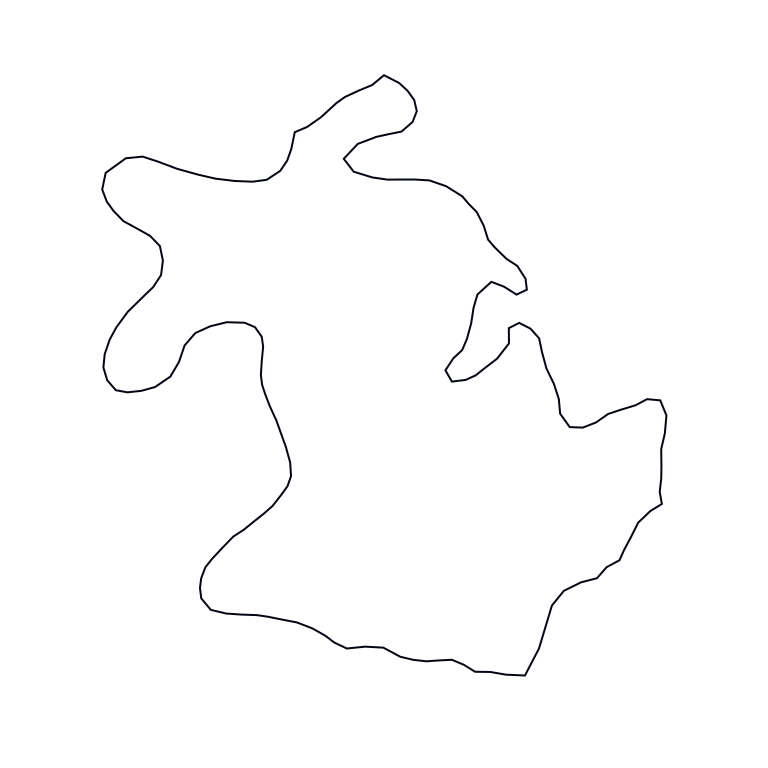 Piratuba, Santa Catarina, Brazil, rotated 83°
{"feature_id": "56859067B2926669482490", "entity_name": "Piratuba", "entity_type": "district", "adm_level": 2, "iso_a3": "BRA", "parent_name": "Brazil", "parent_adm1": "Santa Catarina", "projection": "robinson", "projection_center": [-51.784, -27.46], "detail": "fine", "context": "isolated", "style": "outline", "palette": "ink", "viewbox_px": 768, "rotation_deg": 83, "n_neighbors": 0, "source": "geoboundaries", "source_scale": "gbopen_adm2", "svg_char_len": 2282}
<svg xmlns="http://www.w3.org/2000/svg" viewBox="0 0 768 768"><g transform="rotate(83 384 384)"><path d="M123.2,441.9L139.5,447.4L150.5,452.9L159.8,461.0L167.0,475.5L167.2,489.6L164.3,507.5L159.6,526.4L153.5,543.1L145.2,563.1L135.6,581.5L128.9,595.8L128.5,612.8L140.5,634.5L156.6,640.0L169.2,636.9L179.2,631.4L190.6,622.8L198.6,611.6L208.4,598.2L219.8,589.6L234.6,588.4L248.7,592.0L259.7,601.3L267.4,611.6L281.1,629.5L295.2,642.8L306.6,650.9L320.4,657.6L333.5,660.5L346.5,658.3L357.5,650.9L361.0,639.7L361.2,625.6L359.1,611.6L350.6,595.1L337.1,584.8L321.4,577.2L310.4,565.0L305.5,549.3L303.5,532.6L306.2,514.9L311.9,505.1L322.2,499.6L332.2,499.4L347.1,502.7L360.1,505.1L369.9,505.1L379.5,503.2L391.9,500.1L407.0,495.3L420.7,492.2L434.3,489.1L450.4,486.7L464.1,487.5L473.6,492.2L481.4,499.4L491.4,509.4L498.1,519.2L504.4,529.5L511.7,541.2L517.0,552.1L527.4,565.0L536.8,576.2L544.1,583.6L554.5,589.1L563.9,591.5L574.5,591.5L587.1,583.4L592.6,568.6L595.5,553.6L597.9,538.3L601.0,527.1L604.9,515.4L610.0,499.6L617.9,484.8L626.9,472.7L634.6,464.8L642.0,453.1L642.4,434.7L645.6,416.8L656.7,401.1L661.3,388.7L664.4,375.8L665.0,364.1L666.0,350.2L672.4,339.0L680.7,328.7L682.8,313.5L687.4,298.2L690.5,279.6L665.4,262.4L624.3,244.3L611.2,230.7L604.9,212.8L602.7,196.3L592.9,185.3L587.6,171.7L577.6,165.7L566.6,157.9L552.6,148.6L542.6,135.2L536.9,122.8L524.8,123.5L511.8,120.4L499.8,118.7L482.4,116.8L467.4,111.3L449.6,107.5L433.9,111.8L431.1,124.7L435.8,137.1L438.4,152.1L441.1,165.3L448.0,178.2L451.5,192.0L449.4,204.9L434.9,212.8L420.3,212.3L404.4,215.4L388.3,220.9L371.6,223.3L357.5,224.5L346.9,231.9L339.8,242.4L343.8,253.3L358.9,255.0L372.6,268.6L380.9,282.7L386.6,292.0L389.9,302.5L389.9,316.3L377.9,321.4L366.9,312.0L359.9,302.3L349.6,296.3L334.5,290.1L319.2,285.8L306.5,280.3L295.7,265.0L302.1,252.9L311.4,241.6L307.8,230.7L296.8,230.7L283.1,237.3L274.8,247.1L261.7,257.6L253.4,263.1L239.1,265.7L224.6,271.0L215.7,277.9L207.3,283.4L195.3,298.2L187.5,314.0L184.9,328.0L182.9,344.0L181.6,355.5L177.6,370.3L169.6,388.2L155.6,396.5L142.5,380.8L137.8,361.7L136.6,349.0L135.6,335.9L127.4,323.7L117.2,318.2L105.8,319.4L95.8,324.9L87.1,332.3L77.5,346.4L85.8,359.3L89.7,373.4L94.4,387.9L99.5,397.2L111.5,414.0L119.5,429.0L123.2,441.9Z" fill="none" stroke="#020617" stroke-width="2"/></g></svg>